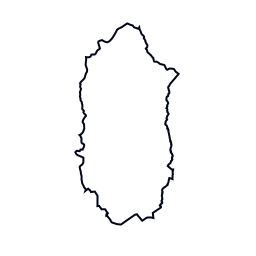 outline of Hasmas, Arad, Romania, rotated 320°
{"feature_id": "2599482B66342132311971", "entity_name": "Hasmas", "entity_type": "district", "adm_level": 2, "iso_a3": "ROU", "parent_name": "Romania", "parent_adm1": "Arad", "projection": "albers", "projection_center": [22.1, 46.547], "detail": "fine", "context": "isolated", "style": "outline", "palette": "ink", "viewbox_px": 256, "rotation_deg": 320, "n_neighbors": 0, "source": "geoboundaries", "source_scale": "gbopen_adm2", "svg_char_len": 5801}
<svg xmlns="http://www.w3.org/2000/svg" viewBox="0 0 256 256"><g transform="rotate(320 128 128)"><path d="M201.6,119.1L201.6,118.9L201.4,118.4L201.3,117.8L201.2,117.1L200.9,116.5L200.8,115.9L200.7,115.1L200.9,114.3L201.0,113.3L201.1,112.8L201.0,112.3L200.3,111.4L199.8,110.8L199.0,110.1L198.4,109.5L198.0,109.1L197.2,108.9L196.6,108.9L195.5,108.6L195.3,107.9L195.3,107.1L195.4,106.5L196.0,104.7L196.1,103.7L196.3,103.0L196.1,102.7L195.5,102.0L194.9,101.1L194.3,100.4L193.8,99.8L193.5,98.4L193.1,96.9L192.7,95.9L191.2,94.4L190.8,93.8L191.2,92.7L192.5,90.4L192.3,90.0L192.2,89.4L192.2,88.7L192.3,87.7L192.4,87.1L192.2,86.6L192.1,86.2L192.1,85.5L192.1,84.7L191.9,83.7L191.7,82.9L191.9,82.1L192.5,80.7L192.8,79.9L192.6,78.9L192.7,78.6L193.4,78.5L193.9,78.4L195.0,78.2L195.9,77.3L196.2,76.6L196.3,75.1L196.5,74.1L197.1,72.6L197.6,72.1L197.6,71.2L197.7,70.3L197.8,69.4L198.2,69.2L198.7,68.9L198.9,68.2L199.2,67.4L199.0,66.5L198.8,65.7L198.8,64.9L199.0,64.1L199.3,63.3L199.7,62.4L200.1,60.6L200.8,58.8L201.3,58.1L199.5,58.5L198.6,56.7L197.3,54.7L197.5,52.5L196.2,50.5L194.6,47.4L191.8,47.1L187.9,46.7L184.9,45.9L182.8,45.7L180.6,46.7L178.1,47.6L174.4,48.9L171.0,49.5L169.0,49.5L167.8,49.2L167.2,49.0L166.2,47.6L165.6,46.7L165.2,45.7L164.7,44.1L162.9,43.2L161.0,42.7L160.0,43.5L158.8,46.2L157.6,49.0L156.7,49.2L155.2,48.9L153.7,49.1L152.4,49.7L150.6,50.3L149.5,50.2L149.2,49.9L148.8,49.6L148.0,48.7L147.1,48.3L146.1,48.8L145.5,49.1L145.0,49.1L144.1,49.0L143.7,48.8L142.1,47.5L141.4,46.7L140.2,48.4L137.0,51.5L136.1,52.4L134.6,56.3L133.9,57.4L132.6,58.6L130.8,59.2L126.5,62.0L120.8,62.5L120.1,63.2L119.8,62.4L119.7,64.2L118.3,65.1L117.6,66.1L117.2,67.8L115.7,68.8L114.9,69.2L114.1,69.8L113.5,70.8L113.0,71.5L112.6,72.1L111.6,72.7L111.0,73.8L110.6,75.0L110.0,75.4L109.3,76.9L109.3,78.1L108.9,79.1L108.3,79.7L108.1,80.6L107.5,81.4L107.0,82.2L105.4,83.6L105.1,84.1L105.2,86.4L105.0,86.8L104.3,87.0L103.9,87.4L103.7,88.5L103.9,90.3L103.9,91.2L103.4,91.8L102.1,91.9L100.4,92.4L99.2,92.8L97.9,93.5L97.1,94.2L96.9,95.0L96.9,96.4L96.1,97.7L94.9,99.3L94.0,100.4L92.0,101.6L91.2,102.1L89.4,102.5L86.7,102.5L86.3,102.3L86.3,102.5L86.5,103.7L86.2,104.4L85.9,105.0L85.9,105.5L85.7,106.1L83.9,108.0L83.0,109.4L83.1,110.7L83.5,111.2L83.7,112.2L83.5,113.0L81.8,114.3L80.8,114.7L79.9,114.9L79.4,115.4L77.7,114.0L76.1,114.7L75.0,113.6L74.3,112.6L73.3,112.5L72.1,112.7L71.7,114.1L71.7,115.3L71.9,116.3L74.8,122.0L74.4,122.5L72.7,124.5L72.3,125.0L71.4,125.8L70.3,126.3L69.2,126.6L67.7,126.4L67.0,126.4L65.9,126.8L65.3,127.9L64.7,128.8L64.5,129.5L64.0,130.6L63.4,131.5L62.8,132.4L62.2,133.4L61.8,134.6L61.3,135.3L60.3,136.5L59.7,137.1L59.1,137.9L58.8,138.6L58.2,139.6L57.4,140.9L57.1,142.1L56.9,142.8L56.9,143.6L56.4,144.6L56.2,145.7L56.3,146.7L56.3,147.5L55.9,148.1L55.2,148.6L54.9,148.8L58.5,148.9L58.6,149.3L58.5,149.9L58.9,151.0L58.7,151.5L58.7,152.2L58.8,152.5L58.5,153.3L60.1,154.3L60.3,154.3L61.7,155.4L61.1,160.3L54.4,168.2L55.8,169.1L55.5,173.3L56.6,174.2L57.7,175.0L58.3,175.9L57.8,178.2L57.8,180.3L56.1,180.2L56.1,181.0L54.9,181.2L54.8,181.4L55.4,181.6L55.6,181.6L55.5,183.1L55.5,185.7L55.4,186.9L54.9,188.9L55.0,190.1L57.7,194.4L60.5,197.4L77.4,198.9L79.3,199.7L79.3,208.2L84.4,208.7L85.7,209.3L87.9,211.1L89.6,213.3L92.4,209.0L101.7,210.0L102.1,210.0L102.3,209.9L102.5,209.7L102.6,209.3L102.7,209.2L102.6,208.9L102.8,208.5L102.7,208.4L102.5,208.2L102.5,207.9L102.6,207.7L103.2,207.8L103.5,207.7L104.0,207.4L104.6,207.4L105.0,207.4L105.2,207.5L105.4,207.5L105.6,207.6L105.8,207.5L105.8,207.3L106.2,207.2L106.3,206.6L106.3,206.4L106.6,206.3L106.5,205.9L106.6,205.7L106.8,205.4L107.0,205.3L107.4,205.2L108.1,204.9L108.5,204.7L108.5,204.3L109.3,203.6L109.5,203.2L109.9,202.6L110.0,202.1L110.2,201.8L110.6,201.4L111.2,201.2L111.5,200.6L111.8,200.5L112.4,200.1L112.4,199.7L112.6,199.6L112.8,199.4L113.3,199.4L113.5,199.2L113.7,198.4L114.0,197.7L114.6,197.1L115.3,196.9L118.0,196.8L118.4,197.0L118.8,197.0L119.5,197.0L120.0,197.0L120.5,197.0L121.5,197.1L121.7,196.6L122.1,196.4L122.7,196.5L123.0,196.2L123.9,195.7L124.9,194.9L125.3,194.5L126.0,194.0L126.8,193.4L127.5,192.9L129.3,195.7L129.6,195.2L129.8,194.8L130.0,194.6L130.4,194.4L130.7,194.2L131.5,193.1L132.0,192.7L132.4,192.5L132.7,192.2L132.9,191.9L133.1,191.5L133.8,190.6L134.0,190.3L134.5,189.9L134.9,189.7L135.4,189.4L136.0,188.8L134.8,187.8L134.0,182.7L134.4,182.6L135.2,182.1L135.6,182.2L136.9,182.0L137.8,182.2L138.1,182.1L139.1,181.5L139.4,181.1L140.0,180.9L140.5,181.1L140.8,181.0L141.3,180.7L141.8,180.6L142.0,180.3L142.0,179.6L142.4,179.2L142.9,178.7L143.2,178.6L143.8,178.6L144.0,178.2L144.6,177.8L144.7,177.5L144.7,176.7L144.8,176.5L145.0,176.2L145.2,175.8L145.0,175.1L145.3,174.4L145.2,174.1L145.3,173.9L145.9,173.6L146.0,173.5L145.8,173.0L146.1,172.3L146.3,172.0L146.8,171.9L147.0,171.6L147.4,171.0L148.0,170.7L148.6,170.3L149.6,169.7L149.8,169.4L150.2,169.1L150.7,168.5L150.6,168.1L151.1,167.7L151.3,167.2L151.7,166.8L151.6,166.2L152.2,165.5L152.3,165.3L152.0,165.0L152.2,164.8L152.5,164.4L152.8,163.9L153.2,163.0L153.7,162.2L154.6,160.7L154.8,160.3L155.0,159.9L155.3,159.3L155.5,159.1L155.9,158.3L156.6,156.8L157.0,156.3L157.4,155.9L157.7,155.6L157.6,155.1L157.8,154.9L157.6,154.4L158.2,154.0L157.9,153.4L158.4,152.9L158.9,152.0L159.2,150.7L158.8,149.6L159.3,148.6L160.1,148.3L160.7,147.4L162.0,146.9L162.6,146.9L163.5,146.6L163.6,146.1L163.7,145.4L164.8,144.6L165.5,144.4L165.9,143.9L166.7,143.8L167.5,143.6L168.3,143.1L168.4,142.4L168.3,142.0L168.4,141.1L168.9,140.8L169.0,140.0L169.5,139.5L170.2,139.0L170.4,138.2L170.2,137.5L171.3,137.2L171.6,136.7L172.0,136.7L172.1,136.2L173.0,135.6L173.8,135.3L174.6,134.9L175.0,134.4L175.4,132.4L175.3,131.3L176.1,130.5L177.1,129.5L177.9,129.0L179.2,129.3L180.9,127.8L181.9,127.9L183.1,126.6L183.7,124.9L185.0,122.5L186.9,122.1L188.2,121.4L201.6,119.1Z" fill="none" stroke="#020617" stroke-width="2"/></g></svg>